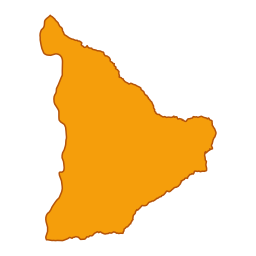 outline of Armenia, Antioquia, Colombia
{"feature_id": "7082276B11935891102033", "entity_name": "Armenia", "entity_type": "district", "adm_level": 2, "iso_a3": "COL", "parent_name": "Colombia", "parent_adm1": "Antioquia", "projection": "mercator", "projection_center": [-75.796, 6.174], "detail": "fine", "context": "isolated", "style": "filled", "palette": "amber", "viewbox_px": 256, "rotation_deg": 0, "n_neighbors": 0, "source": "geoboundaries", "source_scale": "gbopen_adm2", "svg_char_len": 5766}
<svg xmlns="http://www.w3.org/2000/svg" viewBox="0 0 256 256"><path d="M178.2,186.3L180.5,183.6L180.6,182.6L181.3,181.9L181.2,181.0L181.5,180.7L182.0,180.7L182.6,180.5L183.0,180.1L183.3,179.7L184.4,179.4L184.8,178.5L185.2,178.2L186.6,178.1L187.3,178.3L187.5,178.2L187.9,176.9L189.9,174.5L190.9,174.5L191.8,173.7L192.2,173.7L192.9,174.1L193.3,174.0L193.7,173.5L194.5,171.3L195.7,171.1L197.1,171.4L197.7,171.4L198.8,171.1L200.3,171.7L202.5,171.2L204.4,171.3L205.0,171.0L205.8,171.0L206.6,170.2L206.6,168.1L206.0,165.7L205.9,164.4L206.4,161.6L206.2,161.1L205.5,160.4L205.3,159.8L205.0,156.9L204.6,155.9L204.9,152.6L205.1,152.2L205.7,151.8L205.9,152.0L206.1,152.8L206.3,152.7L208.5,150.7L209.8,150.0L209.9,149.0L210.8,149.3L212.4,148.8L212.4,147.8L211.5,146.0L211.5,145.0L212.3,143.3L213.0,140.1L214.1,137.7L214.8,137.0L215.9,133.8L216.0,132.8L215.7,131.7L214.6,128.8L213.5,127.3L213.0,126.2L212.3,125.4L212.2,123.2L212.0,122.2L212.1,121.1L211.9,120.8L211.4,120.4L210.5,120.2L209.9,119.8L209.4,119.3L209.0,118.4L208.6,118.1L208.2,118.1L207.7,118.7L207.3,118.8L206.3,118.0L203.8,117.4L201.7,116.4L201.1,116.3L197.9,117.4L196.6,116.8L195.1,117.0L193.9,116.7L193.3,116.7L193.0,117.0L192.6,117.8L192.0,118.1L190.9,118.3L190.1,118.6L188.6,118.8L187.9,119.0L187.6,119.3L186.1,121.3L185.3,121.4L184.9,121.3L184.0,120.8L183.5,120.1L182.6,120.3L182.3,120.2L182.1,120.0L182.1,119.4L181.8,119.2L180.5,118.9L179.6,118.6L178.3,119.0L177.8,118.9L177.2,117.8L177.1,117.2L176.5,116.8L175.5,116.8L174.9,117.2L174.5,117.2L174.3,117.1L174.0,116.3L173.9,116.2L173.4,116.4L172.6,117.1L171.1,117.4L168.5,117.1L166.4,117.4L164.8,116.6L163.3,116.9L162.7,116.8L160.3,115.4L159.2,114.4L157.7,114.4L157.2,114.2L156.2,113.4L155.9,113.3L155.8,112.4L155.7,112.2L154.7,111.5L154.6,111.0L154.6,109.4L153.8,108.4L153.6,107.8L153.5,105.9L152.7,104.3L151.7,102.0L150.3,100.7L149.6,99.5L148.5,98.6L148.3,98.2L148.3,97.5L147.5,96.8L146.8,95.5L146.6,95.3L146.0,95.4L145.8,95.3L144.9,94.3L144.5,93.6L143.7,91.6L141.5,89.9L141.1,89.5L140.9,89.1L140.9,88.2L140.6,87.9L139.5,87.1L137.1,86.0L135.3,84.9L133.4,84.4L131.7,83.5L130.6,83.3L129.4,84.0L128.6,83.9L128.0,83.2L125.7,82.1L124.7,81.4L124.3,80.8L123.4,80.0L123.3,79.2L123.1,78.9L121.8,78.5L121.3,77.8L120.6,77.4L119.6,77.3L119.2,77.0L119.2,76.5L119.4,75.6L118.8,73.7L118.9,71.4L118.2,70.8L117.5,69.8L115.6,68.6L115.6,68.0L115.9,67.6L115.9,67.1L115.6,66.8L114.5,66.0L114.2,65.7L114.1,65.1L114.2,63.7L113.0,63.5L112.8,63.3L112.5,62.6L111.1,61.8L110.3,61.1L110.1,60.5L110.3,59.6L109.4,57.9L108.9,57.3L106.9,56.0L105.2,55.8L104.1,54.3L103.7,52.7L103.2,52.1L102.4,52.0L100.2,51.0L97.2,50.7L96.0,50.1L92.7,49.4L92.2,49.1L91.8,48.3L91.6,48.2L89.7,48.1L88.8,47.8L88.2,47.3L87.7,46.7L87.2,45.8L86.9,45.9L86.2,46.9L85.3,47.3L84.4,47.4L84.0,47.2L83.2,46.3L82.3,45.9L81.8,45.5L81.3,44.8L81.4,44.2L81.7,43.5L81.7,42.7L81.2,42.2L80.8,42.0L80.0,41.4L79.4,41.1L78.0,41.0L77.2,40.3L75.5,40.3L74.7,40.0L73.0,39.2L71.9,39.1L69.1,37.8L66.9,36.2L64.5,34.7L64.2,34.3L63.4,32.2L62.7,31.1L62.5,30.6L62.3,28.9L61.7,27.8L61.3,27.4L60.0,26.6L58.6,24.2L58.0,22.7L55.4,20.2L54.9,19.2L52.4,16.9L50.9,16.0L50.2,15.4L48.8,16.8L46.5,18.6L45.0,20.3L44.6,21.6L44.4,24.6L44.1,26.4L43.6,27.4L43.0,28.3L41.5,29.7L40.8,31.2L40.2,33.3L40.0,35.4L40.2,37.2L40.2,39.9L41.0,44.6L41.9,48.5L43.5,52.4L44.2,53.5L45.4,54.3L46.8,54.9L48.0,55.1L50.7,55.3L55.4,53.9L56.9,53.9L58.6,54.4L60.1,55.3L61.4,56.9L62.1,58.6L62.4,60.1L62.5,61.8L62.3,70.1L62.3,75.2L61.2,77.6L58.4,84.6L56.5,88.5L56.2,92.0L55.7,93.4L54.7,95.1L54.1,96.8L53.9,99.0L54.1,101.7L54.4,103.0L54.8,104.1L57.8,108.8L58.6,110.4L58.9,111.7L58.9,113.0L58.9,116.9L59.0,119.1L59.2,120.1L60.5,121.8L63.9,124.1L64.5,124.8L65.6,127.3L66.0,130.9L66.5,137.1L66.4,138.6L66.0,140.0L65.7,144.3L65.4,145.9L64.2,149.9L62.6,152.9L62.1,155.5L62.1,157.8L63.5,161.5L63.8,163.7L64.2,167.6L64.0,169.5L63.7,170.7L63.2,171.3L62.4,171.9L61.6,172.2L60.0,172.1L59.4,172.5L59.2,173.2L59.4,175.1L61.5,180.9L62.2,186.3L62.3,188.7L61.9,190.8L61.6,192.0L59.3,197.5L58.7,198.3L57.1,199.8L55.6,201.7L53.6,204.6L52.0,207.1L50.8,209.8L49.2,212.1L47.6,213.4L46.5,215.2L45.9,217.3L45.8,219.4L46.1,221.7L47.6,227.2L47.6,229.3L47.6,231.4L45.9,236.6L45.8,237.3L46.0,238.6L46.5,239.8L48.0,239.8L52.0,240.5L53.5,240.4L55.5,240.6L57.4,240.4L62.5,240.6L63.6,240.3L67.9,238.6L69.1,237.7L69.9,237.4L71.6,238.1L72.2,238.2L73.0,237.4L74.1,237.3L75.5,236.7L76.2,236.7L78.1,237.1L78.8,237.6L80.3,239.2L80.6,239.4L84.2,239.2L85.0,239.0L85.9,238.1L86.6,237.1L86.8,236.9L87.0,236.8L88.1,237.0L88.7,236.9L89.7,235.8L91.7,235.8L92.3,235.6L92.6,235.4L94.5,233.3L95.9,232.6L97.0,231.9L97.3,231.8L97.6,231.8L98.3,232.4L98.6,232.6L98.9,232.5L99.0,232.3L99.4,232.3L99.9,231.9L100.4,231.8L101.8,232.8L103.9,233.7L105.1,234.0L107.0,233.6L107.8,233.6L108.7,233.3L109.4,232.8L111.1,233.1L111.7,233.0L113.6,231.9L115.3,232.3L115.7,232.5L116.2,233.0L116.6,233.2L117.6,233.1L118.7,233.5L119.0,233.5L120.1,233.2L122.8,233.3L123.1,233.0L123.3,231.7L123.9,231.0L124.1,229.1L125.2,228.3L126.3,227.1L126.7,226.9L127.6,226.8L128.1,226.1L128.8,225.6L129.1,224.9L129.6,224.2L130.7,223.7L130.9,222.6L131.8,221.4L131.9,220.6L132.9,219.7L133.0,219.2L132.8,218.9L132.8,218.2L133.0,217.5L133.0,216.8L133.2,216.0L133.4,215.4L134.0,214.6L135.0,213.6L135.4,212.7L135.5,211.7L135.9,211.0L136.4,210.5L136.8,209.7L137.1,209.7L137.4,210.0L137.7,210.1L140.2,207.7L141.2,206.5L142.1,205.5L144.0,205.7L145.3,205.6L146.5,205.2L147.0,204.8L148.8,202.5L149.3,202.2L151.2,201.6L152.2,201.0L153.3,201.0L155.8,199.4L156.6,198.5L157.0,198.3L157.6,198.4L159.5,197.0L161.0,196.6L161.3,196.5L161.7,195.7L162.2,195.5L162.9,195.3L163.8,194.7L164.8,193.6L166.6,191.2L167.1,191.1L169.0,191.7L169.7,191.6L171.4,190.3L172.0,189.6L172.9,189.0L173.6,188.2L175.0,187.4L176.3,187.2L178.2,186.3Z" fill="#f59e0b" stroke="#b45309" stroke-width="1.5"/></svg>